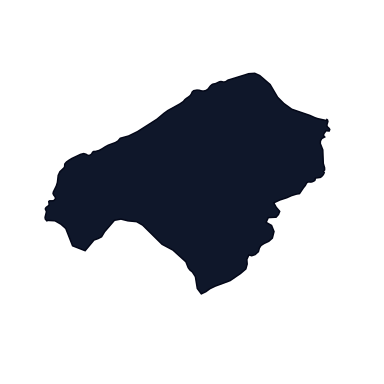 SVG path tracing the border of Podlachian, rotated 256°
{"feature_id": "POL-3150", "entity_name": "Podlachian", "entity_type": "Voivodeship", "adm_level": 1, "iso_a3": "POL", "parent_name": "Poland", "parent_adm1": "", "projection": "albers", "projection_center": [22.977, 53.341], "detail": "fine", "context": "isolated", "style": "filled", "palette": "ink", "viewbox_px": 384, "rotation_deg": 256, "n_neighbors": 0, "source": "natural_earth", "source_scale": "10m", "svg_char_len": 2524}
<svg xmlns="http://www.w3.org/2000/svg" viewBox="0 0 384 384"><g transform="rotate(256 192 192)"><path d="M201.2,43.1L203.0,43.3L207.9,45.9L208.8,46.0L210.6,45.6L211.5,45.8L212.3,46.7L212.8,47.8L213.2,48.9L213.7,49.8L214.6,50.4L217.4,50.7L217.9,51.5L217.6,52.8L217.2,54.4L217.1,55.9L218.6,58.0L220.5,58.0L222.5,57.1L224.1,56.8L225.6,57.5L230.7,61.8L233.8,63.7L240.5,66.2L242.1,67.5L243.7,68.8L244.4,70.1L246.0,72.9L246.7,74.0L247.6,74.6L249.3,75.1L250.1,75.5L251.5,77.5L252.6,80.3L253.6,83.5L254.2,86.5L255.5,93.0L255.5,96.2L254.3,98.3L253.3,99.2L252.9,99.7L252.5,100.4L252.4,101.9L252.8,103.1L253.5,104.2L254.4,104.9L254.8,105.5L255.1,106.2L255.0,107.0L254.7,107.8L254.8,111.9L255.7,115.4L256.8,118.6L257.7,122.1L258.5,129.6L259.4,132.5L261.5,135.4L261.7,144.1L263.8,153.8L271.1,175.6L275.1,183.8L276.9,188.3L280.4,201.5L281.9,205.5L283.4,207.5L284.3,209.5L285.0,211.5L286.0,213.7L287.5,215.3L289.0,216.4L289.9,218.1L289.7,221.5L289.0,223.6L288.0,225.3L287.2,227.2L287.1,230.0L287.9,232.3L290.5,235.6L291.5,237.7L291.6,238.8L291.5,240.4L291.5,241.3L292.3,245.2L292.3,246.4L292.1,247.2L291.1,249.1L290.9,250.3L291.0,251.8L291.3,252.6L291.7,253.3L291.9,254.4L292.8,271.4L293.1,275.6L292.0,281.6L288.6,285.9L277.4,293.8L263.2,298.0L255.7,302.5L248.2,308.8L237.8,324.9L234.4,329.2L232.8,331.7L228.8,339.8L229.1,339.9L229.7,340.4L229.1,340.9L227.5,340.9L224.8,339.3L223.2,338.9L222.1,339.4L220.8,340.3L219.4,340.8L218.0,339.9L218.2,339.2L218.7,337.8L219.1,337.0L216.7,334.1L215.1,333.2L213.3,334.1L212.5,330.9L210.5,329.0L208.0,328.2L201.3,329.1L187.9,326.3L183.4,326.5L181.3,326.0L180.3,324.4L178.8,325.0L177.1,323.6L175.7,321.6L175.1,320.1L175.6,315.4L175.4,314.7L174.2,314.5L173.5,313.9L173.1,312.7L172.8,310.9L172.9,309.6L173.3,308.5L173.6,307.4L173.4,306.0L172.8,305.2L170.9,303.5L169.1,301.1L164.4,295.9L164.7,292.9L164.4,287.6L163.5,282.6L163.0,275.3L161.7,268.7L156.8,270.0L152.0,272.4L149.3,270.5L147.2,267.5L148.7,259.8L144.6,256.6L140.3,261.1L133.8,262.0L127.8,258.8L125.6,254.6L124.6,249.5L123.4,246.0L121.3,243.8L118.1,242.0L116.0,238.1L115.7,234.5L117.2,232.0L113.3,228.9L108.7,228.1L104.3,225.6L101.3,219.6L96.8,207.6L95.0,191.5L93.8,185.9L91.9,181.3L90.9,176.4L97.1,173.8L109.0,174.8L114.3,173.0L116.8,171.1L119.5,170.0L125.7,169.2L140.3,159.4L148.5,150.3L171.8,136.1L176.6,131.1L179.5,122.9L182.9,116.5L183.3,109.9L174.6,97.6L170.4,93.4L169.5,89.5L169.1,85.3L160.9,74.1L168.7,63.1L187.1,60.7L192.5,57.0L197.2,52.1L199.3,45.3L199.1,44.2L201.2,43.1Z" fill="#0f172a" stroke="#020617" stroke-width="1.5"/></g></svg>